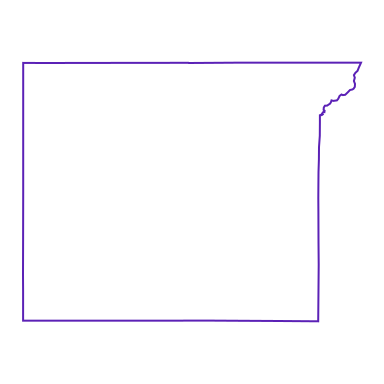 San Juan, New Mexico, United States of America
{"feature_id": "52423323B37517446111976", "entity_name": "San Juan", "entity_type": "district", "adm_level": 2, "iso_a3": "USA", "parent_name": "United States of America", "parent_adm1": "New Mexico", "projection": "mercator", "projection_center": [-107.969, 36.5], "detail": "fine", "context": "isolated", "style": "outline", "palette": "violet", "viewbox_px": 384, "rotation_deg": 0, "n_neighbors": 0, "source": "geoboundaries", "source_scale": "gbopen_adm2", "svg_char_len": 1023}
<svg xmlns="http://www.w3.org/2000/svg" viewBox="0 0 384 384"><path d="M318.2,321.3L318.7,264.8L318.5,242.0L318.4,213.0L318.4,212.8L318.3,197.8L318.4,184.0L318.5,172.2L318.9,159.6L319.0,147.1L319.8,135.8L319.9,122.5L319.9,116.2L319.9,115.2L321.1,114.7L321.7,115.1L322.8,114.3L322.2,113.4L323.4,111.9L324.4,112.1L324.6,110.7L323.6,109.8L323.8,107.5L324.9,105.7L327.1,105.6L330.1,103.6L331.0,102.0L331.5,100.4L333.3,100.9L336.9,100.4L338.2,98.9L339.6,95.9L341.5,94.5L342.8,95.1L345.2,94.8L347.8,92.3L350.0,90.0L352.3,89.5L353.5,88.8L354.8,86.9L355.0,83.9L353.9,81.0L354.8,77.7L353.9,75.1L355.4,72.8L357.5,70.9L358.9,67.4L360.7,63.4L361.0,62.7L348.3,62.7L240.4,62.7L233.6,62.7L188.7,63.0L188.4,62.8L180.7,62.8L173.9,62.8L161.7,62.9L129.0,62.9L111.7,62.9L42.1,63.0L41.2,63.0L23.2,62.9L23.2,70.7L23.2,70.8L23.2,95.2L23.2,95.3L23.2,185.4L23.2,192.5L23.1,240.3L23.0,274.6L23.1,291.3L23.1,320.7L47.3,320.7L68.6,320.7L73.3,320.7L129.6,320.7L209.1,320.6L278.9,321.0L318.2,321.3Z" fill="none" stroke="#5b21b6" stroke-width="2"/></svg>